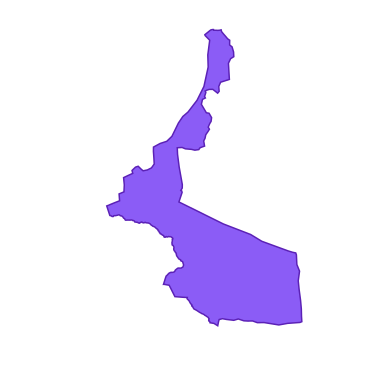 the district of Las Piedras, Canelones, Uruguay, rotated 76°
{"feature_id": "84410073B22027512889632", "entity_name": "Las Piedras", "entity_type": "district", "adm_level": 2, "iso_a3": "URY", "parent_name": "Uruguay", "parent_adm1": "Canelones", "projection": "albers", "projection_center": [-56.195, -34.707], "detail": "fine", "context": "isolated", "style": "filled", "palette": "violet", "viewbox_px": 384, "rotation_deg": 76, "n_neighbors": 0, "source": "geoboundaries", "source_scale": "gbopen_adm2", "svg_char_len": 5835}
<svg xmlns="http://www.w3.org/2000/svg" viewBox="0 0 384 384"><g transform="rotate(76 192 192)"><path d="M328.0,199.4L324.2,197.6L322.3,196.5L322.3,193.1L323.9,189.6L326.6,182.5L326.4,177.8L329.5,172.9L330.7,169.1L331.8,164.4L334.6,160.2L336.1,153.7L342.0,139.9L342.6,130.9L344.7,118.8L344.4,116.8L339.0,115.8L331.9,114.2L323.6,112.9L312.2,111.6L303.9,110.4L294.8,106.8L287.7,107.8L278.2,105.9L276.2,106.1L274.8,109.0L272.4,113.0L256.7,136.2L247.4,145.4L230.6,169.3L198.5,207.1L190.0,201.7L188.5,201.7L187.9,202.5L185.8,200.5L182.5,199.6L164.6,198.4L151.9,196.9L145.5,195.6L146.4,190.8L148.5,188.0L150.5,182.2L152.1,179.1L152.5,175.2L151.0,173.4L150.5,168.7L145.3,168.3L143.1,166.4L139.8,164.8L137.3,162.0L135.3,159.9L133.0,160.6L130.0,158.3L128.1,156.4L124.6,155.0L119.7,156.4L118.6,158.9L109.2,161.7L104.7,159.4L104.0,156.3L102.4,156.7L98.8,154.5L97.2,154.8L96.8,153.0L96.6,150.6L97.4,147.0L102.3,143.2L100.9,141.3L96.1,140.5L92.4,137.7L91.8,128.5L75.9,125.5L72.0,122.3L70.8,118.7L66.2,117.8L60.9,118.0L58.4,119.9L56.4,119.4L53.9,118.7L51.9,120.4L49.4,121.6L45.9,123.4L43.5,124.5L41.7,124.5L41.7,126.2L41.4,127.9L40.9,129.5L40.3,131.8L39.6,131.8L39.3,133.1L39.3,134.6L40.0,136.2L42.5,141.5L43.4,141.4L49.0,138.1L62.8,143.5L74.7,146.1L92.5,154.9L104.2,164.9L113.5,176.6L116.5,182.6L121.8,188.5L133.1,198.0L136.7,204.2L137.2,211.2L139.1,218.5L143.2,219.6L149.5,220.7L155.7,221.9L158.8,225.5L159.8,230.0L159.6,234.3L157.7,235.7L154.0,238.0L154.2,240.8L156.6,245.0L159.6,245.0L160.5,250.0L161.5,254.9L168.8,256.0L175.4,258.0L176.2,263.2L183.0,264.4L183.7,269.8L184.9,278.1L194.9,277.4L195.3,276.7L195.6,276.1L195.9,275.9L196.4,275.5L196.5,275.1L196.7,274.8L196.7,274.5L196.7,274.2L196.2,273.8L196.1,273.5L196.1,273.2L196.4,272.4L196.5,271.3L196.5,270.7L196.5,270.1L196.5,269.6L196.4,268.9L196.5,268.3L196.7,267.9L197.0,267.7L197.5,267.5L197.8,267.1L197.9,266.8L198.2,266.1L198.4,265.9L198.6,265.7L199.2,265.3L199.5,265.1L200.7,264.7L201.0,264.5L201.2,264.2L201.5,263.9L201.9,263.7L202.2,263.7L202.6,263.7L203.0,263.5L203.3,263.2L203.4,262.8L203.4,262.5L203.5,262.1L203.5,261.8L203.6,261.5L203.7,261.2L203.8,260.9L203.9,260.3L204.1,259.6L204.2,259.4L204.2,258.9L204.4,258.5L204.4,258.2L204.5,257.5L204.7,257.0L205.0,256.7L205.3,256.5L205.3,256.3L205.4,256.1L205.5,255.9L205.5,255.7L206.3,254.9L206.5,254.9L206.9,254.9L207.2,254.8L207.5,254.1L207.7,253.6L208.0,252.9L208.2,252.5L208.3,252.1L208.7,251.8L208.9,251.6L209.0,251.3L209.3,251.1L209.5,250.8L209.5,250.5L209.5,250.3L209.2,250.1L209.1,249.6L209.2,249.3L209.2,249.0L208.9,248.7L208.9,248.3L209.0,248.2L209.4,247.5L209.6,247.3L210.0,247.1L210.1,246.9L210.1,246.6L210.2,246.4L210.3,246.2L210.3,245.8L210.2,245.6L210.2,245.2L210.1,244.9L210.2,244.6L210.6,244.3L210.7,244.0L210.8,243.8L211.2,243.0L211.2,242.7L211.3,242.5L211.3,242.3L211.4,242.0L211.5,241.9L211.7,241.6L212.2,240.9L212.5,240.6L212.7,240.4L213.5,240.0L213.7,239.9L214.2,239.6L214.4,239.4L214.8,239.0L215.0,238.8L215.2,238.7L215.5,238.5L215.8,238.2L216.0,237.9L216.5,237.1L216.8,236.7L217.1,236.5L217.9,236.0L218.5,235.6L218.8,235.3L219.4,235.0L219.5,234.8L219.7,234.5L219.9,234.4L220.3,234.2L220.5,234.2L220.7,234.3L220.9,234.2L221.4,234.2L221.5,234.1L221.7,233.9L222.0,233.6L222.4,233.6L222.8,233.5L223.6,233.4L223.8,233.1L224.0,233.1L224.4,232.9L224.8,232.9L225.2,232.4L225.3,232.2L225.5,232.0L225.5,231.9L225.8,231.7L226.6,231.2L226.7,230.9L226.9,230.8L227.2,230.3L227.4,230.2L227.5,230.1L227.9,230.1L228.1,229.9L228.3,229.8L228.8,229.6L228.9,229.8L229.1,229.6L229.3,229.4L229.3,229.2L229.2,228.7L229.4,228.4L229.1,228.0L229.2,227.8L229.1,227.6L229.5,227.1L229.7,226.9L229.7,226.7L229.6,226.4L229.5,225.8L229.5,225.5L229.6,225.4L229.9,225.1L229.9,224.7L229.9,224.2L230.5,223.2L230.9,222.7L231.1,222.7L232.0,221.9L232.3,221.8L232.5,221.9L232.8,222.0L233.0,222.4L233.3,222.4L233.3,222.5L233.6,222.8L234.6,222.8L235.1,223.1L235.4,223.3L235.9,223.5L236.2,223.7L236.7,223.7L236.9,223.8L237.0,223.7L237.5,223.9L238.2,224.0L238.4,224.1L238.7,224.0L239.1,223.6L239.2,223.3L239.9,223.1L240.1,223.1L240.5,223.0L241.2,222.9L241.6,223.0L242.0,223.1L242.4,223.4L243.4,223.6L244.3,223.5L244.6,223.5L244.7,223.4L244.8,223.2L245.0,223.2L245.7,222.9L246.1,222.8L246.4,222.8L246.7,222.6L246.9,222.4L247.1,222.3L247.4,222.4L248.1,222.1L248.4,222.1L249.0,222.4L249.4,222.3L250.2,222.3L250.8,222.1L251.8,221.7L252.3,221.5L253.2,221.2L253.5,221.1L253.8,220.9L254.4,220.3L254.6,220.0L255.0,219.5L255.3,219.4L255.5,219.4L255.9,219.6L256.2,219.3L256.7,218.7L257.0,218.3L257.3,218.0L258.5,217.9L259.1,217.9L260.8,217.8L261.1,218.0L261.4,218.2L262.3,218.8L262.8,219.3L262.8,219.6L262.8,219.9L263.0,220.3L263.1,220.6L263.2,221.0L263.1,221.4L263.0,221.8L262.9,222.2L262.7,222.9L262.5,223.5L262.5,223.9L262.5,224.4L263.1,225.7L263.7,227.0L264.0,227.3L264.9,228.0L265.1,228.4L265.3,229.2L265.3,229.5L265.3,230.1L265.2,230.7L265.1,231.0L265.1,231.3L264.9,231.5L264.8,231.8L264.9,232.1L264.9,232.8L265.1,233.2L265.1,233.6L265.2,233.9L265.3,234.0L265.4,234.3L265.6,234.6L266.3,235.7L266.8,236.4L267.3,237.4L267.6,237.6L269.1,238.6L274.7,242.0L274.8,241.5L276.6,237.5L277.0,236.7L289.4,233.9L292.2,225.5L293.2,222.1L293.7,222.4L294.3,222.6L294.7,222.4L295.9,221.7L297.3,221.0L298.0,220.9L300.2,220.3L300.7,219.8L301.3,219.5L301.7,219.4L301.8,219.7L302.1,219.8L302.6,219.7L303.0,219.6L303.2,219.2L303.5,219.1L304.4,218.9L305.8,218.5L306.3,218.0L307.9,216.2L309.2,215.0L309.8,214.5L310.5,213.8L311.1,213.2L311.7,212.5L312.4,211.9L312.7,211.3L313.8,210.0L314.2,209.7L314.7,209.4L315.4,208.6L316.1,208.0L316.8,207.4L317.3,206.9L317.9,206.5L318.3,206.5L318.7,206.4L318.9,206.2L319.2,206.1L319.5,206.5L320.0,206.6L320.3,206.5L320.5,206.5L320.8,206.9L321.1,206.9L321.4,206.7L321.5,206.6L321.9,206.3L322.1,206.2L322.3,206.2L322.5,206.2L322.8,205.9L323.1,205.9L323.3,206.0L324.8,202.5L328.0,199.4Z" fill="#8b5cf6" stroke="#5b21b6" stroke-width="1.5"/></g></svg>